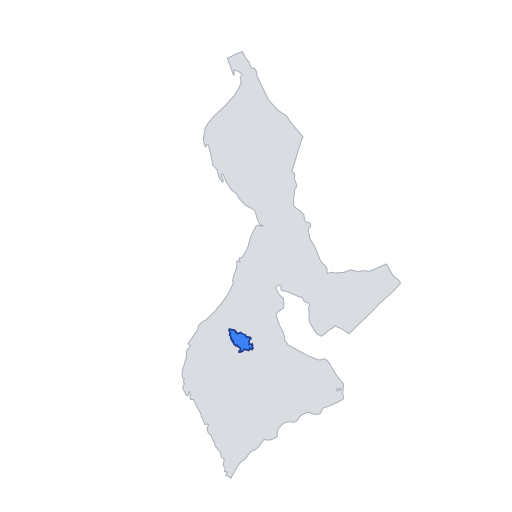 location of Alto Molocue, Zambezia, Mozambique, rotated 156°
{"feature_id": "85939544B55280380491119", "entity_name": "Alto Molocue", "entity_type": "district", "adm_level": 2, "iso_a3": "MOZ", "parent_name": "Mozambique", "parent_adm1": "Zambezia", "projection": "albers", "projection_center": [37.642, -15.703], "detail": "fine", "context": "in_parent", "style": "filled", "palette": "blue", "viewbox_px": 512, "rotation_deg": 156, "n_neighbors": 0, "source": "geoboundaries", "source_scale": "gbopen_adm2", "svg_char_len": 7916}
<svg xmlns="http://www.w3.org/2000/svg" viewBox="0 0 512 512"><g transform="rotate(156 256 256)"><path d="M164.5,345.7L167.5,343.2L187.6,320.1L188.9,319.1L187.1,315.4L189.7,311.0L189.9,304.2L190.7,303.0L193.8,300.7L198.0,293.6L200.6,288.0L200.9,285.4L196.8,278.1L195.5,274.1L196.6,270.7L197.0,267.4L196.4,266.4L193.9,265.1L193.5,263.7L193.5,261.9L194.0,261.0L196.9,259.4L197.6,258.6L199.8,249.8L198.8,243.3L198.6,235.9L199.0,228.1L198.7,223.7L196.7,218.8L196.4,215.1L197.7,212.6L197.9,211.1L193.2,210.3L190.8,208.3L181.9,205.2L175.0,204.9L169.1,200.0L164.6,199.3L158.8,195.8L140.7,195.8L140.0,195.4L139.0,184.3L138.2,180.6L135.8,176.8L135.1,174.1L135.2,172.2L145.1,167.9L164.6,161.6L168.9,159.5L202.3,147.3L203.3,148.0L206.7,153.8L212.5,160.2L213.8,159.3L221.9,158.1L223.1,157.2L225.5,156.6L228.3,156.2L229.3,156.5L232.3,160.6L233.5,168.2L233.7,173.4L233.4,177.0L231.0,181.3L229.4,186.7L226.9,189.7L227.0,191.1L229.9,194.2L230.5,195.5L230.4,198.3L230.9,199.5L233.4,201.1L235.4,203.7L242.7,211.4L244.6,212.8L246.1,213.1L246.8,214.6L246.4,216.4L245.3,217.4L245.8,218.9L247.2,220.0L250.5,219.7L250.9,219.2L250.6,212.4L249.4,208.5L248.0,206.6L250.7,199.2L252.2,197.2L257.6,196.3L260.1,195.5L261.1,194.7L261.9,192.3L262.5,185.7L262.7,179.6L262.1,176.0L262.9,170.5L264.0,167.1L263.4,166.5L263.0,161.9L249.1,143.8L241.2,135.8L239.9,135.0L235.5,134.3L233.2,131.4L231.1,115.1L228.1,103.3L232.5,95.5L233.9,90.4L234.9,89.7L238.7,89.3L252.4,89.3L255.8,89.8L257.3,89.3L260.9,86.2L263.8,86.2L267.8,88.1L269.9,89.8L270.3,91.2L273.0,92.1L277.9,92.3L281.5,91.5L283.7,89.8L286.1,88.8L288.5,88.7L290.4,89.3L291.7,90.6L294.1,91.5L297.7,92.1L301.6,91.2L305.8,89.0L308.2,86.7L309.5,82.8L310.3,82.3L316.3,81.9L319.5,82.7L323.6,85.1L330.6,80.8L335.1,79.4L339.3,79.4L342.8,78.4L345.6,76.4L348.5,75.1L354.4,73.6L358.4,71.5L369.5,63.2L370.7,65.7L372.9,67.9L370.0,70.3L372.5,71.9L370.6,74.2L370.4,75.8L371.2,77.4L370.0,80.0L368.3,82.0L367.9,83.6L369.3,86.4L368.5,91.2L370.6,99.4L369.9,102.1L370.3,108.6L369.4,110.9L370.8,111.7L371.6,114.3L370.9,118.7L368.4,120.6L368.1,122.4L371.2,122.5L371.1,128.1L370.7,129.8L371.4,131.7L370.5,133.8L371.4,142.8L371.4,149.3L371.6,150.4L374.1,151.5L374.0,153.3L372.3,155.6L372.4,159.1L374.3,156.4L375.4,156.4L376.4,157.5L376.4,161.5L376.9,163.4L376.7,165.2L373.5,168.4L373.3,171.6L372.2,171.9L371.6,172.7L372.4,174.5L372.3,176.2L370.1,181.1L359.8,192.9L359.5,195.0L356.9,198.7L354.1,199.3L352.5,200.3L353.7,203.6L340.0,211.9L338.6,213.1L336.4,216.1L331.9,217.7L327.0,217.9L326.2,218.6L315.2,222.4L313.0,224.2L308.3,225.9L301.0,230.1L295.0,234.1L288.1,240.1L287.2,243.3L284.0,247.5L279.2,252.5L276.4,256.6L276.2,258.4L274.5,259.0L273.1,257.3L272.5,260.6L271.3,260.8L270.0,260.2L264.0,263.8L259.5,267.8L253.2,275.6L244.0,283.2L241.9,283.5L238.9,280.9L237.3,280.7L239.7,283.5L239.7,289.8L238.6,297.2L238.8,298.8L245.0,306.6L248.1,315.7L248.4,320.4L251.6,326.3L253.0,335.4L252.8,343.8L254.3,345.1L254.9,343.9L255.0,338.6L255.8,337.2L256.7,337.4L257.5,340.2L257.8,343.2L256.7,349.8L257.1,352.5L258.7,357.0L256.9,362.2L254.4,376.5L255.0,377.4L256.4,377.7L256.9,376.2L257.7,376.2L258.1,377.1L257.0,382.7L255.9,385.2L252.0,391.3L249.9,393.9L246.4,396.5L238.1,400.5L221.5,406.5L211.0,411.2L202.8,416.7L199.2,420.4L197.8,424.5L195.0,428.8L197.6,432.3L200.7,434.8L202.1,430.6L202.9,430.5L201.8,448.2L190.4,448.8L187.1,448.2L185.3,448.4L184.9,441.0L183.4,435.5L183.9,431.6L183.6,429.4L181.2,428.1L180.5,423.9L181.8,420.5L181.1,393.3L176.6,380.2L170.8,370.8L170.4,366.1L167.6,355.5L164.5,345.7ZM235.6,102.1L237.0,101.4L237.2,100.0L236.3,99.4L235.5,99.6L235.1,101.7L235.6,102.1ZM234.6,99.7L233.4,98.7L232.5,99.0L232.3,99.8L233.2,100.9L234.1,100.9L234.6,99.7Z" fill="#d9dde1" stroke="#a8b0b8" stroke-width="1"/><path d="M302.8,174.0L302.7,174.1L302.3,173.7L302.2,173.6L301.7,173.1L301.5,172.9L301.4,172.9L301.2,173.0L301.1,172.8L301.0,172.6L300.9,172.6L300.7,172.6L300.3,173.1L300.2,173.2L300.1,173.4L299.9,173.4L299.7,173.6L299.4,173.9L299.2,174.0L299.1,173.9L299.1,174.0L299.0,173.9L298.8,173.9L298.5,174.0L298.4,173.8L298.5,173.5L298.5,172.9L298.4,172.7L297.7,172.0L297.4,172.3L296.9,172.7L296.6,172.7L296.4,172.6L296.3,172.4L296.3,172.5L296.2,172.6L296.3,172.9L296.3,173.1L296.3,173.3L296.2,173.5L296.2,173.8L296.1,174.0L296.1,174.4L296.1,174.9L296.0,175.0L295.7,175.4L295.6,175.6L295.3,175.8L295.3,176.0L295.6,176.1L295.8,176.2L295.9,176.3L295.7,176.6L295.8,176.7L295.7,176.9L295.4,177.3L295.6,177.3L295.8,177.1L296.3,177.2L297.1,177.8L298.1,178.0L297.6,178.5L297.7,178.8L297.4,179.8L297.2,180.0L297.1,180.5L297.2,180.9L297.2,181.0L296.8,181.4L296.7,181.5L296.4,181.9L296.2,182.0L295.9,182.0L295.7,182.2L295.6,182.4L295.3,182.5L295.1,182.5L294.7,182.7L294.6,182.8L294.4,182.8L294.4,183.0L294.3,182.9L294.3,183.1L294.2,183.2L294.2,183.3L294.1,183.5L294.7,184.2L294.7,184.5L294.8,184.6L295.0,184.5L295.2,184.4L295.3,184.4L295.9,185.1L296.1,185.0L296.4,185.3L296.5,185.4L296.6,185.5L296.8,185.5L296.9,185.4L297.0,185.6L297.1,185.8L297.3,185.9L297.6,185.9L297.9,186.1L298.0,186.1L298.0,186.3L298.0,186.5L297.9,186.6L298.0,186.7L298.1,186.8L298.0,187.0L297.8,187.1L297.8,187.4L297.8,187.5L297.7,187.6L297.7,187.8L297.6,188.1L298.8,189.0L299.4,189.7L299.5,190.0L300.2,190.5L300.7,191.5L300.8,191.7L300.8,191.9L300.7,192.1L300.8,192.2L301.1,192.4L301.3,192.4L301.5,192.5L302.1,192.5L302.3,192.6L302.6,192.6L302.9,192.5L303.2,192.4L303.4,192.6L303.5,192.5L304.0,192.6L304.3,192.5L304.4,192.3L304.5,192.4L304.8,192.5L304.8,192.8L304.6,193.0L304.5,193.3L304.6,193.5L304.8,193.9L305.0,193.9L305.0,194.0L305.3,194.0L305.2,194.2L305.1,194.4L305.0,194.8L304.9,194.9L304.9,195.0L305.1,194.9L305.3,195.0L305.5,195.2L305.5,195.3L305.8,195.4L306.1,195.7L306.0,195.9L305.8,196.0L305.9,196.3L305.6,196.4L305.6,196.6L305.7,196.8L305.8,196.9L306.1,197.2L306.1,197.3L306.1,197.5L306.3,197.5L306.5,197.8L307.1,197.9L307.1,198.1L307.4,198.2L307.7,198.1L307.9,198.3L308.1,198.3L308.4,198.5L308.7,199.0L308.8,199.3L309.0,199.3L309.2,199.1L309.1,199.3L309.5,199.3L309.5,199.6L309.8,199.8L309.7,200.0L309.8,200.1L310.4,199.9L310.7,199.6L310.9,199.1L311.0,198.6L310.9,198.4L310.9,198.2L311.0,197.9L310.9,197.8L310.8,197.3L310.6,197.1L310.7,196.9L310.8,196.6L310.9,196.4L311.1,196.2L310.9,195.9L311.2,195.9L311.3,195.6L311.6,195.6L311.9,195.4L312.1,194.9L312.3,194.6L312.4,194.4L312.4,194.2L312.0,193.9L311.8,193.4L311.7,193.3L311.7,193.2L311.9,192.9L311.9,192.6L312.0,192.5L312.1,192.4L312.2,191.9L312.1,191.7L312.3,191.5L312.4,191.4L312.2,191.1L312.1,190.9L312.1,191.0L312.2,190.7L312.2,190.3L312.3,190.1L312.6,190.0L312.6,189.9L312.5,189.6L312.2,189.6L312.1,189.3L312.1,189.2L312.2,188.9L312.3,188.7L311.6,188.6L311.7,188.4L311.8,188.1L311.7,187.7L311.7,187.4L311.8,187.4L312.0,187.3L312.1,187.2L312.1,187.5L312.3,187.5L312.4,187.1L312.6,187.0L312.4,187.0L312.3,186.7L312.2,186.6L311.9,186.5L312.0,186.4L311.9,186.2L311.7,186.2L311.7,185.9L311.7,185.7L311.6,185.4L311.6,185.2L311.8,185.1L311.9,184.9L311.9,184.1L311.5,183.8L311.4,183.7L311.5,183.3L311.2,183.2L311.0,182.9L311.1,182.4L311.0,182.1L310.7,182.2L310.3,182.0L310.1,182.1L309.7,182.1L309.4,182.1L309.6,181.7L309.6,181.3L309.6,181.1L309.6,180.8L309.5,180.7L309.3,180.5L309.0,180.4L309.0,180.2L308.9,180.2L308.7,179.9L308.4,179.5L308.3,179.3L308.4,179.2L308.1,178.7L308.1,178.4L307.8,178.1L307.7,177.9L307.8,177.6L308.0,177.3L308.3,177.0L308.4,176.8L308.6,176.6L309.2,176.3L309.4,176.2L309.7,176.2L310.1,176.1L310.1,175.8L310.2,175.6L310.3,175.4L310.5,175.3L310.6,175.0L310.3,175.0L309.9,175.0L309.8,174.8L309.4,175.1L309.1,175.0L309.0,174.9L308.9,174.8L308.8,174.7L308.7,174.8L308.7,174.7L308.4,174.5L308.4,174.4L308.2,174.4L307.8,174.5L307.7,174.5L307.4,174.6L307.0,174.6L306.9,174.6L306.6,174.5L306.0,174.8L305.8,175.0L305.6,175.1L305.1,175.3L304.9,175.2L304.9,175.3L304.6,175.2L304.6,175.3L304.5,175.2L304.3,175.2L303.8,175.2L303.7,175.1L303.4,175.1L303.3,174.9L303.3,174.6L303.3,174.4L303.0,174.3L303.0,174.2L302.8,174.0Z" fill="#3b82f6" stroke="#1e3a8a" stroke-width="1.5"/></g></svg>